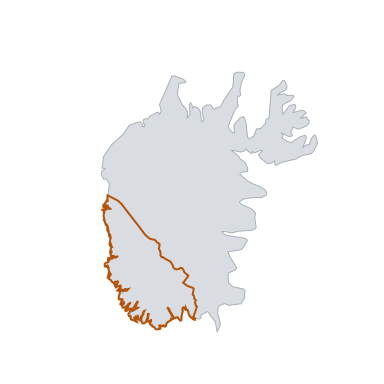 Austurland on a map of Iceland (Mercator projection), rotated 117°
{"feature_id": "ISL-695", "entity_name": "Austurland", "entity_type": "Region", "adm_level": 1, "iso_a3": "ISL", "parent_name": "Iceland", "parent_adm1": "", "projection": "mercator", "projection_center": [-15.126, 64.88], "detail": "fine", "context": "in_parent", "style": "outline", "palette": "amber", "viewbox_px": 384, "rotation_deg": 117, "n_neighbors": 0, "source": "natural_earth", "source_scale": "10m", "svg_char_len": 9738}
<svg xmlns="http://www.w3.org/2000/svg" viewBox="0 0 384 384"><g transform="rotate(117 192 192)"><path d="M280.7,116.0L283.7,116.2L288.5,114.0L295.5,107.6L298.4,106.2L305.1,106.2L297.0,112.4L293.9,119.2L291.7,122.6L291.7,124.0L297.4,128.1L300.2,126.8L301.4,127.3L302.5,129.2L303.2,133.1L302.7,137.0L301.1,141.0L298.9,144.3L299.2,145.4L301.0,145.9L310.4,143.9L311.4,148.8L312.3,150.4L312.0,152.0L308.3,157.2L312.7,153.9L316.2,153.0L322.1,154.6L324.6,156.5L326.0,159.8L329.0,158.8L330.3,160.7L330.4,162.7L329.0,168.1L325.5,170.9L327.6,174.8L329.4,174.9L329.7,175.8L329.5,178.1L326.8,180.8L331.3,183.9L331.8,185.0L331.5,188.5L330.8,190.4L329.4,191.6L326.2,191.8L324.2,193.1L324.9,195.2L324.3,201.0L321.7,205.8L319.3,208.3L317.0,209.9L310.5,208.1L310.8,212.2L308.5,214.7L308.9,216.8L309.7,217.8L309.3,220.5L306.4,226.0L304.3,227.8L300.1,230.0L294.2,235.0L288.1,234.9L273.3,242.0L267.4,245.9L256.9,257.3L252.5,260.3L244.9,261.8L222.2,269.2L219.7,273.7L219.5,274.6L220.6,276.3L218.8,279.5L215.4,281.8L213.8,281.7L211.0,279.8L210.6,280.7L211.7,283.1L200.6,286.9L185.3,284.9L171.7,279.4L160.9,278.3L153.3,270.7L153.1,269.5L153.9,267.2L156.6,266.2L155.3,263.8L150.7,267.9L149.2,267.8L147.3,266.1L147.2,264.5L143.4,263.9L136.7,259.0L136.2,257.9L137.8,256.3L137.5,256.0L133.9,256.2L128.7,260.7L97.7,262.5L96.6,260.1L95.4,251.3L96.4,247.5L97.7,247.9L101.3,252.9L109.7,250.1L113.0,248.2L116.1,243.4L117.9,241.8L120.5,235.6L123.0,231.8L128.3,230.0L123.6,228.9L115.7,233.9L113.1,233.9L114.3,231.7L117.0,229.3L115.2,229.1L114.5,228.0L114.4,225.7L115.8,221.9L125.0,215.2L122.8,213.9L116.4,219.1L111.8,220.8L107.9,218.5L106.1,215.3L106.2,214.0L108.5,210.0L108.1,209.2L106.6,208.8L102.5,205.1L95.9,205.4L79.8,203.3L67.6,208.4L64.7,206.1L62.3,200.9L62.8,198.9L64.9,197.8L70.9,197.9L79.7,195.5L83.6,192.5L85.2,193.2L85.9,194.7L91.3,192.4L94.2,189.8L99.0,191.1L117.3,189.6L119.6,186.2L120.6,182.0L120.1,181.1L113.5,185.0L111.9,184.9L104.2,182.9L101.4,180.6L102.3,178.7L106.4,174.8L116.9,168.1L118.3,166.7L118.5,165.1L114.3,162.3L106.5,163.1L104.4,159.7L97.9,157.7L93.6,158.9L91.2,156.9L65.6,167.6L57.2,162.7L51.3,161.8L50.7,160.3L54.2,155.6L56.6,154.7L59.0,155.2L63.5,158.5L66.7,159.5L62.7,154.6L62.5,150.0L61.3,148.8L60.1,145.7L60.6,144.6L65.3,145.3L72.9,150.7L76.6,149.7L81.4,146.3L70.6,144.3L67.3,140.0L69.6,137.8L75.2,138.1L69.0,130.7L68.7,129.4L69.8,126.1L77.5,129.0L73.4,124.6L73.3,123.6L74.5,122.8L75.1,120.1L77.1,119.0L81.0,119.9L87.1,125.1L88.0,126.5L88.2,131.7L90.6,130.9L93.5,131.6L95.9,128.1L97.5,128.9L98.8,132.0L98.6,138.9L100.3,136.5L103.1,136.3L103.6,130.6L103.0,126.1L93.7,120.8L90.1,117.0L90.5,115.7L92.3,114.5L102.0,113.6L97.8,111.3L96.8,109.0L89.5,109.9L85.7,108.9L85.6,107.8L87.1,106.0L91.6,102.4L100.1,102.1L103.5,103.1L110.1,111.0L115.3,114.2L124.1,124.8L129.8,128.9L130.0,129.9L129.1,131.2L126.9,132.6L130.2,134.4L132.3,137.1L132.4,138.3L130.6,146.8L128.5,149.5L123.3,147.9L124.5,150.6L128.2,153.5L129.1,155.0L128.5,156.6L130.3,156.1L130.8,157.0L130.0,161.8L129.1,163.5L132.2,164.4L134.3,166.8L136.9,176.3L138.3,169.0L139.0,166.3L140.3,165.3L141.8,157.8L145.3,153.4L148.5,151.7L151.9,156.9L154.3,157.5L156.8,148.2L157.1,141.4L156.3,133.8L156.8,128.4L158.5,125.2L160.6,124.2L165.3,127.4L169.2,134.9L175.0,143.1L179.1,145.1L179.8,144.9L180.6,142.2L180.0,131.5L181.9,125.7L186.7,124.3L194.0,119.0L195.7,118.8L199.3,121.9L205.8,132.8L210.3,137.8L212.7,145.8L213.8,147.3L214.8,144.8L214.9,141.2L209.4,124.6L209.3,122.3L209.8,120.5L219.9,121.4L222.1,123.3L229.0,132.8L232.5,128.9L239.3,117.6L241.6,118.0L247.4,122.6L249.7,122.2L256.5,118.1L257.9,112.8L255.0,102.0L256.3,99.8L262.5,97.1L269.3,97.6L276.3,107.7L276.6,112.3L280.7,116.0Z" fill="#d9dde1" stroke="#a8b0b8" stroke-width="1"/><path d="M304.6,131.4L304.9,132.8L304.9,133.5L304.4,134.4L304.4,135.6L303.7,137.6L301.8,140.0L299.9,141.4L299.3,142.1L299.3,143.2L298.8,144.1L297.5,145.6L298.3,145.5L299.0,145.0L300.2,143.4L299.8,144.7L299.0,146.1L298.7,147.2L299.6,147.7L300.6,147.4L302.6,146.2L308.1,144.7L310.1,143.6L311.2,143.3L312.0,144.2L310.9,146.9L310.2,147.5L310.3,148.1L310.7,149.0L312.9,150.5L313.4,151.1L312.0,151.6L311.3,152.2L310.6,153.8L309.3,155.4L308.8,156.7L306.8,159.0L306.1,160.8L306.0,161.8L306.3,161.3L306.9,160.0L308.3,158.6L309.0,157.2L312.2,152.4L312.8,152.0L313.5,152.2L315.5,153.7L314.4,152.3L314.1,151.6L319.7,155.0L320.5,155.1L323.3,154.4L323.8,154.5L324.1,154.8L324.3,155.5L324.3,156.1L324.2,156.6L323.8,156.7L323.8,157.1L324.6,157.1L325.0,157.2L325.2,157.6L325.3,158.0L325.1,159.3L325.5,160.1L325.9,160.5L327.1,158.7L327.8,158.2L328.6,158.4L328.7,158.7L328.8,159.7L329.4,159.7L330.5,161.0L330.6,162.4L330.2,163.2L329.4,164.4L329.8,165.9L329.8,166.5L328.8,167.3L329.0,167.7L328.9,169.5L328.1,170.1L325.7,169.7L324.7,170.3L325.3,170.8L327.3,171.6L327.4,172.6L326.8,173.3L326.0,173.6L324.7,173.6L323.1,174.5L321.0,174.9L320.3,175.3L320.7,175.9L324.8,174.4L326.0,174.5L328.5,173.8L329.3,174.1L330.6,174.9L331.2,175.7L331.6,176.6L331.0,177.1L329.9,178.8L329.4,179.2L326.1,180.0L322.7,180.0L321.2,180.4L319.6,180.4L320.4,181.0L323.4,180.4L327.3,180.8L329.1,180.4L330.1,180.4L330.3,180.6L330.2,181.0L329.8,181.7L329.8,182.6L329.6,182.9L328.7,183.3L327.0,183.8L327.0,184.2L329.0,183.8L329.4,184.2L329.4,184.6L329.0,184.8L328.6,185.5L329.6,185.6L330.1,186.3L330.3,186.1L330.7,185.3L331.0,185.1L331.8,183.3L332.8,182.1L332.9,184.3L332.6,186.7L333.1,187.1L333.3,187.7L333.1,188.4L332.6,189.2L332.1,189.7L331.0,190.0L330.5,190.5L331.2,191.9L331.1,192.2L329.5,193.4L327.7,193.0L326.1,193.3L325.6,193.0L324.8,190.8L323.2,189.8L321.8,189.3L320.4,187.9L319.6,187.6L319.8,188.2L320.0,188.7L320.6,189.2L319.7,190.3L314.5,190.5L314.5,190.9L322.6,191.7L323.2,192.4L323.9,193.9L325.1,195.1L327.7,196.3L328.2,197.2L327.2,198.0L325.9,197.8L323.6,196.7L321.1,197.2L319.5,196.5L319.1,196.7L320.6,197.8L324.3,198.7L325.9,200.1L326.4,201.0L326.5,201.5L325.8,201.9L325.1,202.8L324.8,203.0L322.1,201.9L321.3,202.6L324.1,203.7L324.6,204.2L324.6,204.8L323.9,205.1L320.9,205.0L320.1,204.6L319.7,205.1L319.2,205.4L319.2,205.9L320.0,206.9L320.8,208.4L320.4,208.5L319.2,209.6L313.5,210.8L312.6,210.5L311.7,209.8L311.0,207.5L310.3,206.8L309.6,205.4L309.3,205.1L307.2,204.6L307.5,205.0L308.4,205.1L308.7,205.4L308.7,206.0L308.5,207.1L308.9,207.6L310.2,208.3L310.6,208.4L310.5,209.5L310.9,210.5L311.7,211.7L313.0,212.1L313.5,212.6L313.2,213.3L313.4,213.7L309.1,212.3L307.8,213.3L308.2,213.8L309.2,214.4L309.7,214.9L310.0,215.6L309.9,216.2L309.7,216.7L309.2,217.0L305.7,217.0L305.4,217.4L305.7,218.2L306.2,218.9L306.5,218.9L306.8,219.5L307.3,219.9L307.8,219.9L307.9,219.5L309.0,219.2L310.6,216.8L311.4,216.2L311.6,216.5L311.2,217.1L308.8,220.0L308.5,220.7L308.2,223.0L307.3,224.5L307.2,225.0L307.3,226.2L306.9,226.7L306.8,227.3L306.4,228.5L303.8,228.8L301.2,229.7L302.4,228.8L305.8,227.7L305.2,227.2L302.1,226.9L302.1,227.9L301.3,228.8L301.0,228.9L300.3,230.1L298.6,231.3L297.5,232.7L297.2,233.4L297.5,232.2L297.5,231.8L297.3,231.8L297.2,232.4L296.8,232.9L295.9,233.6L296.2,234.4L296.5,234.6L297.0,234.6L297.5,234.2L297.9,235.8L297.3,235.8L296.5,236.8L296.0,237.1L294.8,236.9L293.8,236.3L292.5,234.8L292.0,234.6L291.0,235.8L290.1,235.4L289.8,235.8L290.1,236.3L289.8,236.5L288.9,236.6L289.4,235.0L289.4,234.6L288.2,234.8L288.0,234.4L287.9,233.5L287.6,232.9L287.2,232.7L286.9,233.0L286.9,233.4L287.3,234.0L287.5,235.0L286.4,234.5L286.1,234.2L286.1,233.8L286.3,233.0L285.9,231.7L285.3,230.6L284.2,229.5L282.5,228.9L284.4,229.9L285.4,232.5L284.9,233.0L284.5,232.5L284.5,233.0L285.0,233.5L285.1,234.4L284.9,235.4L284.5,236.3L283.8,236.6L282.4,236.2L281.8,236.6L282.6,237.1L283.4,237.1L282.8,237.6L281.1,238.2L279.6,238.4L278.1,238.9L277.4,239.5L277.1,238.6L276.3,239.7L274.1,241.5L276.2,240.8L276.7,241.1L275.8,241.9L269.2,243.9L268.2,244.8L269.5,244.8L269.5,245.1L267.8,246.6L267.0,246.9L266.1,248.0L265.3,248.7L265.1,249.2L264.8,248.6L264.5,248.5L264.3,248.8L264.0,249.2L264.0,249.6L264.4,249.6L264.4,250.0L262.8,251.1L262.2,251.2L262.4,250.4L261.0,251.4L260.3,252.2L259.9,253.2L260.4,253.2L261.0,252.6L260.3,254.0L259.9,254.5L258.1,256.1L256.9,258.0L256.1,258.5L256.7,258.0L257.0,257.5L257.1,256.9L253.2,260.1L249.8,261.1L249.3,260.9L248.8,260.5L249.2,261.1L249.7,261.3L248.8,261.6L248.9,263.1L248.8,263.8L248.5,264.0L248.3,263.9L248.2,262.5L247.8,262.0L246.8,260.7L246.1,260.3L245.9,260.5L245.8,261.0L245.9,263.7L245.7,264.0L245.4,263.8L245.3,263.3L245.5,261.8L245.2,260.6L245.0,260.3L244.9,260.7L244.9,262.9L244.8,263.6L245.1,264.1L245.0,264.5L244.1,264.9L244.4,263.6L244.4,263.0L244.2,262.5L244.4,261.7L244.7,261.5L244.7,261.2L244.6,260.9L244.8,258.4L244.6,257.8L244.0,257.1L243.9,257.4L243.8,259.0L243.9,259.6L244.1,260.1L243.7,260.5L242.7,260.5L242.5,261.3L242.8,261.8L243.1,263.1L243.5,263.6L243.1,264.3L242.1,264.5L240.3,264.4L238.9,263.6L238.2,264.3L238.0,264.2L237.9,263.2L234.7,265.2L233.3,265.7L233.3,254.9L233.5,253.7L234.4,250.1L246.4,224.5L251.3,214.5L251.9,212.3L252.5,209.9L252.7,208.6L252.6,207.5L252.3,206.1L251.6,203.9L251.5,203.5L251.6,203.0L252.3,201.4L252.8,200.5L252.9,199.9L252.8,198.9L253.1,197.2L253.9,197.0L255.4,196.3L257.5,195.9L259.1,193.7L260.2,192.5L262.6,191.5L263.6,190.0L263.8,189.5L263.8,189.2L263.3,188.8L263.2,188.4L263.7,185.2L263.7,182.5L263.8,181.6L263.7,181.1L263.9,179.8L264.2,178.9L264.9,177.8L265.7,176.2L267.6,174.6L268.1,173.1L268.3,172.2L268.0,171.0L267.3,169.8L266.8,169.1L264.8,167.7L264.4,167.0L264.4,166.5L264.5,165.8L264.8,165.2L265.6,163.8L266.3,163.3L267.0,162.1L267.7,159.9L267.9,157.9L268.0,157.5L268.3,157.2L268.6,157.2L276.9,158.7L277.1,156.7L277.7,154.7L277.8,154.1L277.5,152.1L277.4,150.0L277.1,148.8L277.1,147.4L277.3,146.6L283.2,144.8L283.3,143.8L284.0,142.9L286.0,141.5L286.3,141.0L286.6,139.5L288.9,139.2L290.4,138.0L291.5,136.8L292.1,135.5L302.6,134.1L303.4,131.7L304.6,131.4Z" fill="none" stroke="#b45309" stroke-width="2"/></g></svg>